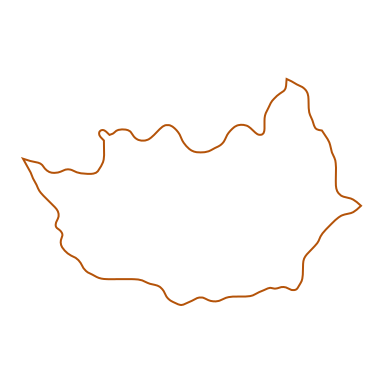 outline of Esperalvillo, Monte Plata, Dominican Republic
{"feature_id": "3306468B42523335746622", "entity_name": "Esperalvillo", "entity_type": "district", "adm_level": 2, "iso_a3": "DOM", "parent_name": "Dominican Republic", "parent_adm1": "Monte Plata", "projection": "orthographic", "projection_center": [-70.059, 18.855], "detail": "fine", "context": "isolated", "style": "outline", "palette": "amber", "viewbox_px": 384, "rotation_deg": 0, "n_neighbors": 0, "source": "geoboundaries", "source_scale": "gbopen_adm2", "svg_char_len": 3568}
<svg xmlns="http://www.w3.org/2000/svg" viewBox="0 0 384 384"><path d="M361.0,205.8L356.7,202.0L353.2,199.6L350.8,198.5L343.5,196.7L341.2,195.7L340.3,194.9L338.5,193.2L337.2,191.2L336.3,188.5L335.9,185.6L335.8,181.2L336.0,167.7L335.7,163.2L335.3,160.4L334.4,157.8L331.9,152.4L330.1,144.9L329.3,142.4L327.6,139.1L321.9,130.5L318.9,130.0L316.9,129.3L316.0,128.7L315.1,127.7L314.0,125.4L312.4,120.3L310.0,114.9L309.2,112.3L308.7,108.0L308.5,99.4L308.3,96.5L307.7,93.8L307.2,92.5L306.0,90.4L304.3,88.6L302.4,87.1L296.8,84.4L291.5,81.3L286.6,79.0L286.1,85.7L285.6,88.1L285.1,89.2L284.5,90.1L283.7,91.0L280.0,93.5L276.9,95.9L274.0,98.8L272.2,100.8L270.7,103.1L268.5,107.7L265.8,113.1L265.0,115.6L264.6,118.2L264.5,120.9L264.5,128.7L264.3,130.9L263.6,133.0L262.8,133.9L261.8,134.6L260.6,134.8L259.5,134.8L258.4,134.6L257.3,134.1L255.4,132.7L250.6,128.2L248.5,126.6L247.3,125.9L246.1,125.5L243.5,124.9L240.8,124.8L238.2,125.2L236.9,125.6L234.5,126.9L232.4,128.7L230.5,130.6L228.7,132.7L227.2,134.9L225.0,139.5L223.8,141.7L222.3,143.5L220.5,145.1L218.4,146.4L215.0,148.0L210.8,150.3L208.6,151.3L204.7,152.2L200.7,152.4L196.6,152.2L194.0,151.6L191.5,150.5L189.3,149.0L186.3,146.1L183.7,142.8L182.3,140.5L179.7,134.6L178.2,132.3L176.5,130.2L174.6,128.3L172.5,126.6L170.1,125.4L168.8,125.1L166.2,125.1L164.9,125.4L162.6,126.6L159.7,129.1L154.1,134.9L151.1,137.6L149.0,139.1L147.8,139.7L145.2,140.5L143.9,140.6L141.3,140.6L138.7,140.0L137.5,139.5L135.5,138.2L133.9,136.6L130.8,132.1L130.0,131.3L128.0,130.2L125.7,129.6L122.0,129.4L118.4,129.9L116.3,130.8L113.4,133.3L112.5,133.8L109.5,134.9L106.2,131.7L104.5,130.5L103.4,130.1L102.3,130.0L101.1,130.3L100.1,131.0L99.3,132.1L99.1,133.2L99.2,134.3L99.5,135.4L100.7,137.2L103.9,140.5L104.1,155.2L103.7,159.5L103.0,162.2L101.1,166.1L97.8,171.3L95.9,172.8L93.4,173.6L90.8,173.9L88.0,173.9L80.9,173.3L76.8,172.3L71.7,170.0L70.4,169.6L68.0,169.3L65.6,169.6L64.3,170.1L60.6,171.7L58.0,172.5L54.2,172.9L51.7,172.7L49.3,172.0L46.9,170.5L44.9,168.6L42.2,165.0L40.4,163.6L38.2,162.7L30.3,161.0L23.0,158.7L30.7,172.6L33.0,178.4L36.5,184.8L38.0,188.3L39.2,190.6L40.7,192.7L43.4,195.7L54.9,207.2L56.6,209.2L57.9,211.4L58.6,213.9L58.6,216.4L57.9,218.6L56.1,222.4L55.7,224.4L55.7,225.5L55.9,226.5L56.4,227.4L57.0,228.1L59.3,229.8L60.7,231.1L61.8,232.7L62.2,233.6L62.4,234.6L62.4,235.5L60.9,240.2L60.7,242.5L61.1,245.0L62.2,247.4L64.7,250.6L67.7,253.4L71.1,255.6L75.6,257.8L78.4,260.1L80.6,262.9L83.5,268.2L85.9,270.9L87.8,272.4L92.3,274.6L96.5,276.9L98.8,277.9L101.4,278.6L104.1,279.0L108.4,279.2L129.8,279.1L134.0,279.2L138.2,279.5L142.2,280.4L147.6,282.9L150.0,283.8L154.9,284.9L157.4,285.6L159.6,286.7L160.6,287.5L162.3,289.2L163.7,291.1L166.4,296.5L167.9,298.4L169.7,300.0L170.7,300.7L172.9,301.9L178.1,304.3L180.2,304.9L181.3,305.0L183.4,304.6L191.9,300.8L197.1,298.1L199.4,297.5L201.9,297.5L203.1,297.7L205.2,298.6L208.3,300.1L210.6,300.9L213.1,301.3L215.7,301.4L218.3,301.0L219.5,300.7L226.0,297.8L228.7,297.1L232.9,296.6L245.8,296.5L250.1,296.1L252.8,295.4L255.0,294.3L259.2,292.1L263.8,290.2L267.8,288.4L269.8,287.9L270.8,287.9L274.4,288.6L275.4,288.6L277.3,288.3L281.3,287.1L283.6,287.0L285.9,287.4L290.7,289.6L291.7,290.0L294.0,290.1L295.1,289.9L296.1,289.5L297.0,288.8L297.7,287.9L300.5,283.2L301.6,281.1L302.3,278.7L302.8,274.7L303.1,263.8L303.4,261.1L304.1,258.6L305.3,256.4L306.8,254.4L314.7,246.1L317.2,243.2L318.5,241.1L320.5,236.5L322.5,233.4L325.9,229.5L331.4,223.9L335.3,220.1L338.6,217.4L340.9,215.9L342.2,215.3L344.6,214.5L350.9,213.1L353.3,212.1L356.7,209.7L361.0,205.8Z" fill="none" stroke="#b45309" stroke-width="2"/></svg>